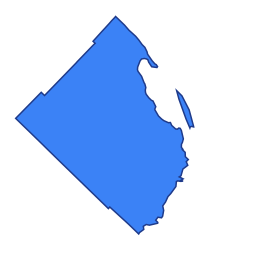 Miami-Dade, Florida, United States of America, rotated 314°
{"feature_id": "52423323B12945765623889", "entity_name": "Miami-Dade", "entity_type": "district", "adm_level": 2, "iso_a3": "USA", "parent_name": "United States of America", "parent_adm1": "Florida", "projection": "orthographic", "projection_center": [-80.389, 25.563], "detail": "fine", "context": "isolated", "style": "filled", "palette": "blue", "viewbox_px": 256, "rotation_deg": 314, "n_neighbors": 0, "source": "geoboundaries", "source_scale": "gbopen_adm2", "svg_char_len": 1666}
<svg xmlns="http://www.w3.org/2000/svg" viewBox="0 0 256 256"><g transform="rotate(314 128 128)"><path d="M56.9,40.5L56.8,77.1L56.7,86.5L56.6,106.4L56.4,169.9L58.5,169.8L59.2,195.3L59.2,209.3L60.9,208.9L62.4,209.2L66.0,209.8L67.9,207.3L71.2,208.1L73.0,210.9L80.1,215.5L80.8,215.0L80.9,212.0L84.6,211.5L86.7,214.5L88.6,214.2L93.5,210.9L96.1,207.1L100.8,206.4L106.4,204.4L110.6,204.3L111.4,204.2L114.1,203.8L119.2,203.1L123.1,200.0L124.5,200.5L126.3,203.1L128.1,204.5L127.0,202.4L129.7,203.0L128.4,198.8L130.5,199.3L136.6,196.0L142.7,196.9L144.2,193.3L147.2,193.3L147.2,189.2L150.2,186.0L150.2,182.2L150.8,182.3L151.2,179.8L153.5,177.7L155.3,177.2L158.6,175.4L163.3,168.1L164.0,165.8L163.3,164.6L161.4,164.3L160.4,162.9L160.2,157.7L161.4,154.7L159.9,153.4L158.2,148.7L157.8,145.9L157.8,141.6L159.8,134.6L160.4,134.1L160.5,134.0L162.6,133.2L164.8,127.2L164.2,125.6L164.2,121.9L164.9,117.6L165.8,115.8L167.4,114.0L169.5,112.7L171.4,109.5L171.6,108.7L171.7,108.2L174.6,101.9L175.7,95.8L176.5,94.3L178.6,92.6L184.6,90.1L187.0,89.8L189.3,91.4L190.5,93.3L190.9,94.8L189.7,97.2L188.5,102.5L191.6,106.8L192.7,106.6L193.2,104.3L192.8,102.9L193.1,98.8L194.7,90.8L196.0,88.8L196.2,88.3L196.9,86.4L197.7,84.2L197.8,80.2L198.8,74.6L199.3,69.7L199.1,63.1L199.0,60.9L199.6,54.0L199.6,41.6L198.4,41.7L193.9,41.7L190.5,41.9L182.9,42.1L178.5,42.2L175.2,42.3L166.1,42.6L166.1,45.5L163.2,45.4L160.1,45.4L151.0,45.4L140.3,45.4L138.8,45.5L93.4,45.4L93.4,40.8L56.9,40.5ZM171.0,172.5L171.8,172.1L172.4,172.1L173.5,172.8L174.1,174.1L174.4,174.5L174.7,174.1L183.5,159.4L188.6,144.4L188.7,137.0L184.2,144.5L174.8,163.5L171.0,172.5Z" fill="#3b82f6" stroke="#1e3a8a" stroke-width="1.5"/></g></svg>